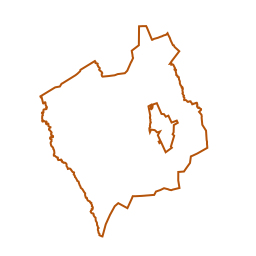 Shurugwi, Midlands, Zimbabwe (Natural Earth projection), rotated 155°
{"feature_id": "62879985B74735389049647", "entity_name": "Shurugwi", "entity_type": "district", "adm_level": 2, "iso_a3": "ZWE", "parent_name": "Zimbabwe", "parent_adm1": "Midlands", "projection": "natural_earth1", "projection_center": [30.229, -19.744], "detail": "fine", "context": "isolated", "style": "outline", "palette": "amber", "viewbox_px": 256, "rotation_deg": 155, "n_neighbors": 0, "source": "geoboundaries", "source_scale": "gbopen_adm2", "svg_char_len": 5833}
<svg xmlns="http://www.w3.org/2000/svg" viewBox="0 0 256 256"><g transform="rotate(155 128 128)"><path d="M132.5,56.3L129.5,58.6L124.8,58.1L120.8,58.2L117.6,55.6L116.7,54.6L115.1,53.4L113.2,53.2L106.7,51.9L104.6,59.3L101.0,66.9L95.7,64.9L92.1,67.0L86.6,70.1L83.0,75.7L81.1,75.6L75.9,75.6L64.5,76.5L63.5,79.1L63.2,80.1L62.2,82.1L61.8,83.9L58.4,92.6L59.3,99.5L56.9,106.3L56.3,107.2L55.8,109.0L56.8,112.6L54.4,113.4L53.9,114.0L53.8,114.3L54.1,114.6L54.4,115.1L54.8,116.3L55.5,116.2L55.8,116.4L55.6,116.7L55.9,117.5L56.3,117.8L56.2,118.8L55.4,119.4L55.2,120.2L55.3,120.7L55.1,120.8L54.9,121.3L55.0,121.8L55.5,122.0L56.1,122.0L56.3,122.1L56.8,121.9L57.8,122.3L58.2,122.1L58.9,122.3L59.4,122.2L59.8,122.4L59.6,123.2L59.8,124.0L60.1,124.8L60.0,125.6L60.4,126.0L60.8,125.9L61.6,126.3L62.1,126.2L62.6,126.3L63.0,126.7L63.3,128.0L63.6,128.6L64.5,129.3L65.3,129.5L65.3,129.9L64.8,130.4L64.2,131.3L64.1,131.7L64.5,132.6L64.4,133.1L63.8,133.5L63.6,133.7L63.9,134.4L64.1,136.2L63.9,136.5L63.5,136.5L63.3,136.8L63.1,137.9L62.9,138.3L62.7,139.3L62.4,139.8L61.8,140.1L61.5,141.2L61.5,141.7L62.2,141.5L62.3,141.7L62.0,143.5L62.1,144.1L62.3,144.5L62.2,145.4L62.2,146.4L61.3,148.4L61.2,150.6L60.5,152.6L61.1,153.2L61.4,153.4L61.5,153.8L61.1,154.6L61.9,155.6L61.9,155.8L61.5,156.3L61.3,156.9L60.9,159.1L59.9,160.2L59.9,160.3L60.2,160.6L60.8,160.7L61.1,160.9L61.2,161.2L61.1,161.5L60.9,161.7L60.7,161.7L60.4,161.5L60.2,161.6L60.1,162.4L60.2,163.9L60.2,165.7L60.3,166.3L60.6,166.6L61.9,167.0L61.3,168.0L61.3,168.6L61.6,168.6L62.1,168.3L62.8,168.5L60.2,170.1L49.1,175.9L51.5,181.7L51.6,183.7L52.3,184.1L52.3,189.5L52.0,192.1L52.2,195.6L52.1,197.2L54.2,196.4L56.4,196.8L58.7,196.8L60.2,197.0L62.7,197.1L66.9,197.8L68.6,197.6L69.0,197.8L68.4,211.2L68.5,212.7L72.1,214.3L75.0,215.5L83.2,198.4L91.9,196.5L92.2,195.7L93.0,192.5L93.6,190.8L93.8,189.3L97.1,186.5L97.3,186.5L104.5,180.2L107.7,179.0L114.6,181.2L117.7,181.4L123.4,183.2L129.3,185.3L129.6,185.8L129.5,186.9L129.1,188.0L128.4,188.3L128.2,188.5L128.1,189.0L128.1,189.5L128.8,191.3L129.3,192.1L129.5,192.9L129.5,193.1L128.8,193.5L128.3,194.2L128.3,194.6L128.8,195.5L129.1,196.3L128.9,196.9L129.1,197.9L128.3,199.1L128.5,199.4L129.7,200.3L130.0,200.6L130.0,200.8L129.5,201.6L129.7,202.7L146.5,200.8L147.4,199.7L151.1,198.5L153.4,198.0L160.9,197.1L168.5,196.2L169.5,196.2L172.2,194.4L176.8,195.6L194.0,193.7L194.1,192.6L193.3,192.3L194.5,186.2L194.3,186.0L193.6,186.1L192.8,186.4L192.3,186.4L192.1,186.0L192.9,183.6L192.9,182.5L192.7,181.7L192.7,181.2L192.9,180.8L193.2,180.6L193.3,181.0L193.5,181.0L193.6,180.0L193.9,179.7L194.5,179.7L196.0,180.3L196.7,180.3L197.2,179.8L198.0,177.9L198.4,177.6L198.9,178.3L199.4,178.3L199.7,177.9L199.6,176.2L199.8,175.5L200.5,175.3L200.9,174.7L201.9,172.7L201.9,172.0L202.8,170.8L202.8,170.1L202.7,169.9L202.3,169.8L201.9,170.2L201.5,170.3L200.0,168.3L199.6,168.5L199.3,168.4L199.2,168.1L199.4,167.8L200.2,167.3L200.4,166.6L200.4,166.0L200.2,165.8L199.9,165.8L199.2,166.2L198.5,165.7L198.4,165.2L199.3,163.6L198.6,162.3L197.9,161.5L198.1,161.2L199.1,161.2L199.3,161.0L200.0,160.5L200.3,159.9L200.0,159.2L199.5,158.5L199.6,157.4L199.2,156.9L199.1,156.3L199.6,155.6L200.3,155.2L200.4,154.9L200.3,154.2L200.5,153.7L200.3,153.5L200.0,153.4L200.0,152.9L199.4,152.5L199.4,152.3L199.7,151.6L199.8,151.5L200.2,151.5L200.6,151.5L201.6,152.2L202.2,152.4L202.6,152.2L203.0,151.6L203.1,151.3L202.9,150.7L202.4,150.2L202.2,149.8L202.5,149.4L202.9,148.3L203.8,147.9L204.5,147.1L205.0,144.8L204.9,144.7L204.9,144.2L205.0,143.8L204.3,142.3L204.3,141.5L204.3,141.0L204.6,140.6L204.4,139.2L204.6,138.4L205.3,136.4L205.6,136.0L206.3,135.6L206.9,134.3L206.8,134.1L206.2,134.0L206.0,133.8L205.6,132.6L205.0,131.7L204.8,131.1L204.6,130.8L204.2,131.0L204.1,130.9L204.2,130.3L204.8,129.5L204.8,129.2L204.7,128.7L204.7,128.4L203.3,127.9L202.9,127.5L202.4,127.4L202.0,127.6L201.6,126.5L202.0,126.0L202.1,125.8L202.0,125.1L201.5,124.8L201.5,124.5L201.3,124.3L201.3,124.1L201.2,123.8L200.6,123.7L200.5,123.4L199.7,123.1L199.1,122.1L199.0,121.1L199.5,120.2L199.8,119.4L199.5,117.5L199.8,116.8L199.8,116.3L198.2,116.0L197.6,115.5L197.5,115.3L197.4,114.5L197.1,114.2L197.2,113.4L197.0,112.8L196.8,111.6L195.7,110.6L195.7,110.4L196.2,109.7L196.9,108.8L196.8,108.5L196.5,108.0L196.4,107.3L196.8,106.0L196.5,105.5L196.3,104.2L196.3,103.3L196.2,102.2L196.3,101.4L195.5,100.5L195.5,99.5L195.9,98.6L195.8,97.7L196.0,96.3L195.8,95.3L195.9,94.6L196.1,93.8L195.2,91.9L194.8,88.3L194.4,86.9L195.2,85.5L195.7,82.7L194.9,82.3L194.8,82.1L194.9,81.4L195.1,81.0L195.1,79.4L194.4,78.4L193.7,77.8L193.7,77.3L193.5,76.9L193.7,76.5L193.6,76.3L193.2,76.1L192.9,75.7L193.1,75.4L193.3,75.4L193.4,75.2L193.2,74.3L193.3,73.8L193.2,73.3L193.5,72.8L193.5,72.5L193.8,72.2L193.4,71.4L193.4,71.0L193.8,70.2L195.1,69.9L195.1,69.6L194.7,69.4L194.7,69.2L196.4,68.8L196.8,68.2L197.2,68.0L197.1,66.6L196.4,65.6L195.8,65.4L195.5,64.4L196.1,63.3L195.9,61.8L195.3,60.4L195.9,59.1L196.4,57.4L196.3,56.9L196.2,55.4L197.1,52.8L196.9,51.9L197.2,50.9L196.9,49.8L197.8,49.5L198.4,48.4L198.5,47.1L199.0,45.4L198.6,44.3L199.2,42.9L197.3,40.7L197.0,40.5L188.9,50.1L181.0,56.9L173.1,62.7L168.6,64.0L162.4,55.6L153.7,63.0L153.5,63.3L152.5,64.2L149.5,62.8L144.1,60.6L132.5,56.3ZM80.7,111.7L85.2,111.3L88.5,104.8L90.2,103.5L89.4,101.5L97.0,93.0L96.6,91.6L104.1,90.1L104.0,101.3L105.9,101.0L105.9,102.7L104.1,102.7L104.0,108.9L100.6,111.3L102.1,111.4L103.7,112.0L104.0,113.3L104.7,114.8L107.8,116.8L109.9,114.9L109.6,116.5L108.8,118.7L108.4,119.1L107.5,119.4L107.3,120.7L106.4,121.9L105.9,122.9L105.5,122.9L104.9,123.5L104.9,124.6L104.6,125.4L104.0,126.3L104.1,127.0L103.8,127.9L103.6,128.1L103.5,128.7L103.1,129.0L102.6,129.8L100.3,139.0L97.4,139.2L98.6,136.8L99.3,135.8L98.8,135.2L97.3,136.0L95.7,138.8L91.4,138.3L91.7,126.6L89.5,125.3L89.0,122.3L86.2,122.1L86.2,114.5L80.7,114.1L80.7,111.7Z" fill="none" stroke="#b45309" stroke-width="2"/></g></svg>